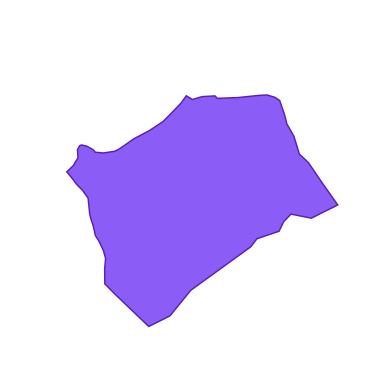 the district of Chibok, Borno, Nigeria, rotated 135°
{"feature_id": "59680162B32856652540007", "entity_name": "Chibok", "entity_type": "district", "adm_level": 2, "iso_a3": "NGA", "parent_name": "Nigeria", "parent_adm1": "Borno", "projection": "natural_earth1", "projection_center": [12.855, 10.837], "detail": "fine", "context": "isolated", "style": "filled", "palette": "violet", "viewbox_px": 384, "rotation_deg": 135, "n_neighbors": 0, "source": "geoboundaries", "source_scale": "gbopen_adm2", "svg_char_len": 923}
<svg xmlns="http://www.w3.org/2000/svg" viewBox="0 0 384 384"><g transform="rotate(135 192 192)"><path d="M92.4,226.0L107.9,240.3L107.8,243.7L117.4,252.3L126.3,257.1L128.0,264.1L136.9,262.6L153.8,262.3L157.4,262.3L162.7,262.3L173.0,264.4L178.9,265.6L186.3,267.9L195.2,270.7L212.8,273.8L217.6,275.3L226.9,282.1L232.2,288.4L232.0,291.9L234.1,299.1L236.1,302.2L237.0,303.5L238.8,304.2L243.2,302.8L248.5,296.7L252.2,296.0L257.1,294.6L266.3,294.8L267.2,285.2L268.2,278.7L268.2,270.7L269.9,261.0L279.7,249.0L282.1,245.2L286.3,237.0L291.1,229.6L292.6,222.9L296.0,213.3L300.1,206.1L307.9,199.6L318.6,188.7L318.7,174.2L317.7,127.5L295.1,120.0L262.3,123.4L189.2,111.7L179.1,113.0L158.1,102.7L148.1,106.2L137.7,106.4L126.1,89.1L113.6,85.0L98.1,79.8L93.4,106.9L88.9,130.5L89.3,142.9L80.5,159.4L76.8,173.0L71.8,181.4L65.3,194.7L66.4,200.2L70.3,207.5L76.4,213.0L92.4,226.0Z" fill="#8b5cf6" stroke="#5b21b6" stroke-width="1.5"/></g></svg>